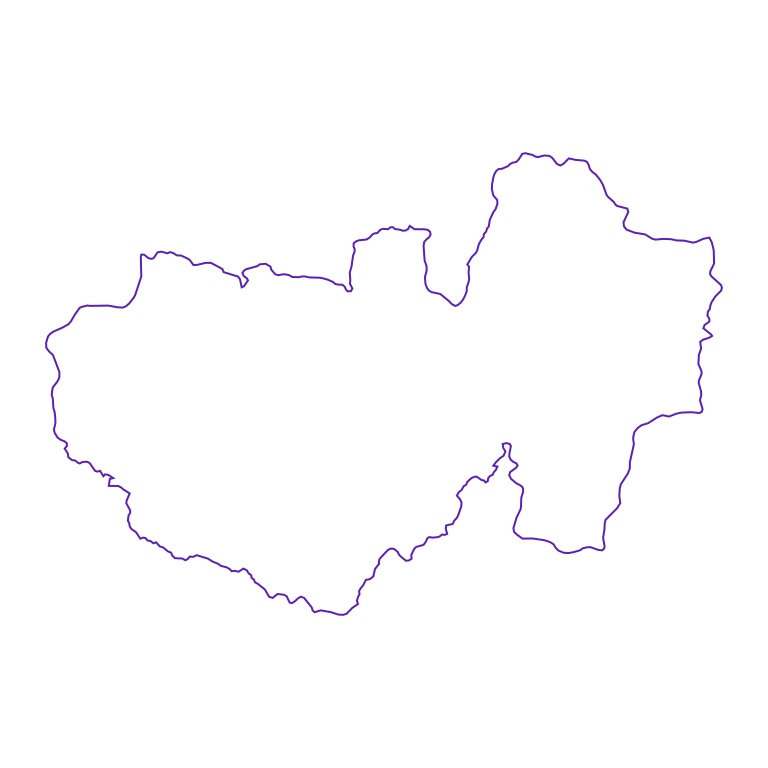 outline of Lassance, Minas Gerais, Brazil
{"feature_id": "56859067B47117401129154", "entity_name": "Lassance", "entity_type": "district", "adm_level": 2, "iso_a3": "BRA", "parent_name": "Brazil", "parent_adm1": "Minas Gerais", "projection": "albers", "projection_center": [-44.677, -17.876], "detail": "fine", "context": "isolated", "style": "outline", "palette": "violet", "viewbox_px": 768, "rotation_deg": 0, "n_neighbors": 0, "source": "geoboundaries", "source_scale": "gbopen_adm2", "svg_char_len": 6081}
<svg xmlns="http://www.w3.org/2000/svg" viewBox="0 0 768 768"><path d="M620.3,503.0L619.3,496.1L619.8,488.2L620.8,484.3L627.8,473.6L629.8,468.5L629.9,462.1L633.9,444.2L633.2,439.5L633.3,436.9L634.4,432.1L636.1,429.8L638.2,427.6L641.8,425.1L648.1,423.2L657.0,417.5L662.4,415.2L669.1,416.5L676.2,413.7L681.4,412.6L691.4,412.2L699.3,413.0L701.8,411.8L702.6,409.1L700.0,400.4L701.3,394.7L700.9,390.7L698.7,383.0L698.9,380.6L701.6,374.0L701.5,371.2L698.4,363.9L698.9,354.9L701.1,348.7L700.2,341.9L702.8,339.8L709.5,337.6L712.1,335.9L710.6,334.0L703.4,328.3L704.6,325.0L709.3,321.6L709.4,318.9L707.4,315.5L707.9,311.7L709.8,309.1L710.3,305.8L711.5,302.4L715.2,296.6L721.2,290.5L721.9,287.7L721.1,285.1L711.6,276.5L710.2,274.5L710.2,271.6L714.1,263.5L713.7,250.2L711.8,242.3L709.3,237.6L703.3,238.8L696.1,242.0L692.9,242.6L684.4,240.7L676.5,240.4L671.0,239.2L663.2,238.9L655.5,239.6L652.3,238.8L645.1,234.4L634.6,232.7L626.5,229.6L624.0,226.4L623.5,222.3L628.3,212.0L627.3,208.6L617.0,205.9L615.2,204.3L614.0,202.2L608.4,197.2L606.6,195.0L603.0,184.9L599.9,179.6L595.8,174.5L592.4,172.0L589.9,169.1L588.6,164.7L586.7,161.7L584.1,160.6L575.7,159.9L568.8,158.4L563.5,163.8L560.3,165.5L556.9,163.9L552.4,158.0L549.3,155.9L544.5,155.5L537.8,157.1L534.9,156.4L532.6,155.0L525.5,153.2L522.2,153.9L518.7,159.5L516.3,161.9L512.3,162.8L509.9,164.2L508.1,166.1L502.1,168.7L498.3,169.2L496.0,171.3L494.2,174.6L493.1,178.6L492.0,184.7L491.9,189.3L493.3,195.4L497.2,200.0L497.4,203.9L495.6,209.1L493.3,212.2L489.8,219.9L488.7,226.6L487.0,228.6L486.1,231.7L484.0,233.9L483.5,237.2L481.5,239.5L478.9,244.1L477.2,250.3L476.1,252.6L471.8,257.0L467.3,264.5L469.0,266.6L468.6,273.4L469.2,278.2L468.8,281.4L466.8,287.2L466.7,291.3L465.1,295.5L463.2,299.3L460.6,302.7L458.1,304.8L455.5,306.0L451.9,304.2L449.1,301.2L440.3,294.0L431.5,292.1L428.7,290.4L426.9,287.7L425.5,283.9L424.9,277.1L426.6,270.9L426.6,266.6L424.6,260.3L423.6,246.0L424.2,242.0L426.4,239.5L429.3,237.1L430.6,234.4L430.1,231.9L427.8,229.8L424.2,229.3L414.5,229.2L409.7,225.9L408.2,228.9L405.7,230.5L402.7,230.7L400.0,229.7L394.9,229.0L392.9,227.2L390.4,227.3L388.2,229.2L382.9,228.8L380.2,229.9L377.4,233.0L374.1,233.5L371.9,234.9L369.6,237.6L366.5,239.5L359.0,240.3L356.5,241.1L353.7,243.2L353.6,246.6L354.7,249.2L354.4,252.4L353.1,255.3L351.6,266.1L349.8,272.5L350.3,280.6L349.9,283.7L352.4,288.5L350.9,291.2L347.6,291.3L345.8,289.4L344.9,286.9L342.3,284.7L338.4,284.7L335.2,283.9L332.7,281.8L327.3,279.5L322.8,278.3L319.5,277.7L309.1,277.4L305.3,276.5L302.0,276.4L299.2,277.2L292.4,277.0L289.2,275.2L285.1,274.3L282.0,274.4L278.7,275.2L275.3,274.3L271.2,269.6L270.5,266.7L265.7,263.8L259.9,264.3L257.4,266.1L245.9,269.3L243.7,271.0L242.4,273.1L243.9,276.2L246.8,278.2L248.0,280.4L244.0,286.2L241.7,287.3L240.0,279.3L238.1,276.6L223.6,272.1L222.4,269.0L211.0,262.9L205.3,262.9L197.0,264.9L193.4,265.0L189.8,260.0L187.3,258.4L180.9,255.5L176.9,255.4L173.3,253.1L170.1,252.1L167.4,253.3L161.5,251.7L157.5,252.4L153.6,258.2L151.3,258.8L148.6,258.2L144.1,254.7L141.4,254.5L140.8,256.9L141.3,276.4L135.2,295.0L133.7,297.7L129.2,303.5L125.9,306.3L122.6,307.6L117.7,307.3L108.3,305.6L89.8,305.9L87.5,305.5L81.6,306.9L79.6,307.9L74.9,314.5L70.9,321.4L68.5,324.2L62.7,327.5L53.8,331.4L50.3,333.7L48.0,336.5L46.1,342.8L46.3,347.7L49.0,351.4L53.0,355.1L59.4,372.1L59.4,376.7L58.6,379.2L57.2,381.8L52.9,387.3L52.1,390.8L51.8,395.1L52.8,398.6L53.4,408.0L54.7,412.3L55.3,418.6L55.4,423.2L53.9,429.8L54.8,433.1L57.7,437.7L60.9,439.9L64.4,441.3L66.8,443.2L66.9,446.0L64.7,448.6L67.9,453.6L68.3,457.1L71.8,460.0L75.3,460.6L77.5,462.5L79.7,463.5L82.5,462.0L86.7,461.7L89.5,462.9L95.1,470.9L97.4,471.6L100.1,470.8L103.4,476.2L105.0,474.4L108.1,474.8L113.2,478.1L109.8,479.0L108.8,485.9L118.2,486.0L121.2,487.5L123.4,489.5L129.7,493.4L126.6,500.7L126.3,503.2L130.2,510.4L130.1,513.1L128.6,515.3L127.9,520.7L129.3,523.4L129.6,526.1L131.2,528.8L136.1,532.3L140.3,538.7L143.2,537.6L145.5,538.1L147.5,540.5L150.6,541.1L153.3,543.3L156.1,542.3L159.8,546.4L163.0,547.4L168.1,551.5L171.0,552.6L172.3,555.6L175.0,558.2L182.2,558.5L185.5,560.3L187.9,558.8L189.7,556.6L193.3,556.8L196.7,555.2L207.8,558.6L212.9,561.7L218.3,563.9L220.7,565.8L226.8,567.4L229.7,569.1L231.7,571.2L234.7,570.8L238.5,571.7L243.5,568.6L246.8,570.3L248.8,573.5L251.1,575.1L251.7,578.0L253.8,579.4L255.0,582.3L257.9,583.9L265.0,589.6L269.1,596.8L272.7,597.9L277.5,594.0L283.8,594.7L286.6,596.2L289.7,602.6L292.2,603.0L295.1,601.1L297.8,598.5L300.8,596.7L304.1,597.9L311.7,607.4L312.6,610.4L314.6,612.2L320.8,610.4L330.7,612.1L338.5,614.6L343.3,614.8L346.7,613.7L352.2,608.0L358.0,604.0L356.9,600.7L358.1,596.8L359.5,594.3L359.1,591.2L360.2,589.0L363.3,585.0L365.9,579.9L370.1,579.0L373.3,576.5L375.0,569.0L379.1,563.8L378.9,561.4L379.7,558.7L388.0,549.9L390.7,548.6L394.1,548.9L397.9,552.1L398.9,554.6L401.1,556.8L405.9,560.7L408.8,560.5L411.6,558.7L411.3,555.0L414.1,549.0L416.3,546.9L423.5,544.9L425.9,541.6L427.2,538.5L429.2,537.1L432.5,537.6L436.5,537.3L439.5,536.6L442.0,534.6L445.0,534.8L447.2,533.9L445.8,529.0L446.1,525.5L452.8,523.9L454.2,520.7L456.7,518.1L458.2,515.3L461.3,506.3L461.5,502.3L459.9,499.1L456.9,495.6L458.7,492.3L461.8,489.8L463.5,486.4L466.1,484.8L467.2,482.1L469.3,480.0L471.7,478.0L474.1,476.9L476.6,476.6L481.6,480.0L484.0,480.5L485.5,482.4L487.7,481.2L488.3,478.0L490.0,476.0L492.7,474.8L493.7,472.3L495.8,470.0L497.4,466.6L493.4,465.7L495.6,462.6L500.0,458.2L503.6,455.7L505.4,451.4L503.3,448.0L502.7,444.0L506.6,443.1L509.7,444.0L510.9,446.0L509.4,453.6L509.3,456.7L510.6,459.6L513.3,461.9L516.4,463.3L517.6,465.7L515.9,467.9L510.1,472.1L509.2,475.3L511.1,478.9L516.6,483.5L519.6,484.9L522.4,487.0L523.2,489.4L523.0,492.2L521.3,497.7L521.0,506.9L520.5,509.4L516.4,518.0L513.4,528.4L514.1,531.8L516.9,534.6L522.5,538.6L532.8,538.5L543.8,540.1L547.0,541.0L550.8,542.5L553.6,544.3L555.4,547.4L558.3,550.5L563.8,552.8L569.1,553.0L573.8,552.1L580.0,550.3L582.8,548.3L587.0,547.3L590.2,547.1L598.4,549.9L602.0,550.4L604.0,548.8L604.6,546.3L603.1,537.9L604.5,529.1L604.7,523.2L605.6,519.8L617.1,508.2L620.3,503.0Z" fill="none" stroke="#5b21b6" stroke-width="2"/></svg>